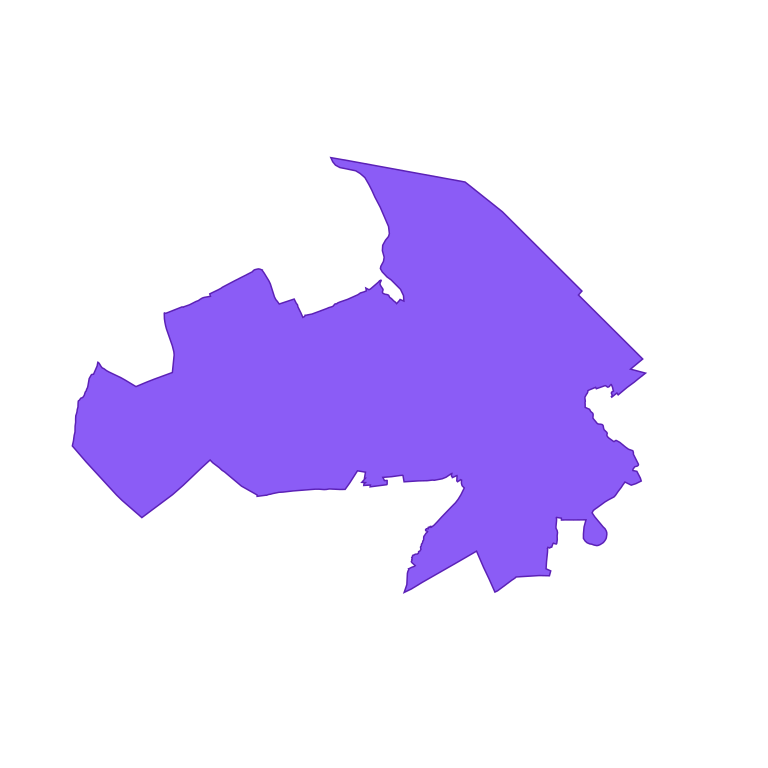 outline of Siret, Suceava, Romania, rotated 23°
{"feature_id": "2599482B44067509189222", "entity_name": "Siret", "entity_type": "district", "adm_level": 2, "iso_a3": "ROU", "parent_name": "Romania", "parent_adm1": "Suceava", "projection": "albers", "projection_center": [26.077, 47.951], "detail": "fine", "context": "isolated", "style": "filled", "palette": "violet", "viewbox_px": 768, "rotation_deg": 23, "n_neighbors": 0, "source": "geoboundaries", "source_scale": "gbopen_adm2", "svg_char_len": 6170}
<svg xmlns="http://www.w3.org/2000/svg" viewBox="0 0 768 768"><g transform="rotate(23 384 384)"><path d="M636.0,450.8L637.7,450.3L640.2,450.2L643.1,449.6L644.3,448.8L645.7,447.4L647.6,444.7L648.0,443.8L648.5,442.0L648.8,440.3L648.8,438.8L647.9,435.4L647.1,433.7L646.0,432.4L643.9,430.8L641.5,429.9L629.7,423.8L625.9,421.3L626.1,418.6L627.8,415.6L628.2,415.1L633.5,406.2L635.9,402.9L639.9,398.0L640.6,396.0L641.5,391.5L642.8,386.5L643.2,384.1L644.1,380.1L651.1,380.5L654.8,377.3L658.7,372.8L656.8,370.5L650.9,365.6L646.9,366.4L646.5,365.3L647.1,362.4L647.4,362.0L649.1,360.7L649.5,360.2L649.8,359.4L649.8,358.9L649.4,358.3L641.0,351.2L640.7,350.4L640.3,349.6L639.5,348.6L639.0,348.2L634.6,348.5L631.0,347.7L623.9,345.6L619.9,345.2L619.2,345.6L618.5,346.9L617.9,347.2L612.2,345.9L610.4,345.2L609.3,344.3L609.0,343.7L608.8,342.3L608.1,341.5L604.5,340.1L603.4,338.9L602.6,337.6L601.8,336.5L600.7,336.1L599.3,336.3L597.3,337.0L595.9,337.1L590.7,334.4L589.6,333.7L588.5,330.5L587.7,329.4L585.0,328.5L583.1,327.0L578.3,326.9L576.9,323.6L576.4,322.9L576.0,321.1L574.4,318.4L574.1,317.6L574.4,314.5L574.7,313.2L574.7,311.8L574.3,310.4L576.0,308.5L580.1,304.4L581.3,305.4L588.1,299.2L588.6,299.0L591.1,299.5L591.6,299.2L592.3,298.4L592.6,297.6L592.7,296.7L593.2,295.7L593.5,295.7L595.7,297.8L597.3,300.1L598.0,300.8L597.7,301.4L597.1,301.9L596.8,302.5L596.8,303.5L598.7,305.4L598.2,306.7L598.8,307.1L601.9,301.3L603.8,302.5L609.2,292.0L613.6,284.6L616.1,279.8L620.5,271.8L605.1,274.0L612.4,259.9L528.2,226.1L529.9,221.1L505.8,211.4L425.7,179.2L379.7,166.4L264.6,192.2L246.6,196.4L250.0,199.5L253.8,201.5L258.8,202.0L274.6,198.8L279.6,199.5L285.8,201.5L292.2,206.3L297.2,210.5L302.6,215.5L311.4,222.7L326.6,237.2L330.2,243.5L330.5,246.5L329.2,250.9L328.6,256.8L330.4,261.9L334.6,267.2L335.6,271.3L335.1,276.9L335.6,279.2L338.6,281.5L345.0,284.3L349.9,285.4L362.2,290.4L367.4,295.0L369.9,299.9L365.8,299.9L365.6,301.0L364.2,305.1L362.5,304.2L360.7,303.8L357.3,302.4L355.5,302.1L353.6,300.5L352.8,300.4L351.7,300.5L349.7,301.0L347.7,300.9L347.0,300.5L346.7,300.1L346.5,299.5L346.5,298.7L346.3,297.6L345.7,296.9L343.2,295.3L341.9,294.3L341.3,293.6L341.0,292.9L340.9,292.0L341.0,290.6L340.9,289.7L340.5,289.7L339.6,290.7L339.0,292.5L334.3,302.0L333.3,303.1L329.8,302.8L331.4,305.1L329.6,307.0L326.7,309.4L325.1,312.0L317.4,320.3L311.1,326.0L309.5,327.7L309.2,328.6L307.8,329.3L307.4,329.9L306.8,332.1L305.9,333.2L303.3,335.3L301.8,336.9L290.3,347.8L286.4,350.4L285.4,351.2L284.5,351.5L284.6,352.4L284.1,353.5L283.3,354.4L279.7,351.0L274.6,346.6L273.4,344.9L271.6,343.9L268.1,340.9L256.3,351.3L253.5,349.6L251.5,348.6L249.2,346.7L240.3,336.3L237.7,334.0L230.0,328.5L227.8,327.2L227.5,326.6L227.1,326.7L225.3,326.7L223.7,327.0L222.8,327.5L220.6,329.1L219.9,329.8L219.2,331.2L219.1,331.9L218.4,332.8L205.9,347.7L197.4,358.1L196.7,359.4L194.7,361.9L188.4,369.1L190.0,371.1L184.7,374.5L183.2,375.8L181.8,377.7L180.5,379.8L178.7,381.5L174.0,387.1L169.4,391.3L169.4,391.6L169.1,391.8L168.0,391.9L155.5,404.2L154.1,404.4L154.1,404.8L156.4,409.8L158.3,412.9L160.2,415.7L162.3,418.4L174.2,431.5L178.0,436.5L179.5,439.3L184.7,456.1L170.5,469.4L164.8,475.0L156.7,483.3L144.0,481.5L139.5,481.0L126.1,480.4L123.3,480.1L120.1,479.3L118.4,479.3L116.7,478.4L113.6,476.2L112.6,475.8L112.1,475.8L112.9,479.5L112.8,488.5L111.3,489.4L111.0,490.0L110.5,494.2L112.3,501.9L112.5,503.7L112.3,505.1L112.6,506.5L112.2,507.8L112.2,508.6L112.5,511.7L111.9,514.2L110.4,515.6L109.9,518.0L109.3,518.9L109.4,519.7L110.1,521.7L111.3,524.8L111.6,527.3L112.2,529.4L112.5,531.2L112.7,533.7L113.8,536.7L115.1,539.7L116.1,543.4L118.3,548.9L118.9,552.4L120.4,557.8L121.3,562.8L140.4,572.2L181.2,590.7L188.4,593.5L213.3,601.6L232.6,568.5L238.8,555.6L248.6,532.9L253.6,521.9L257.1,523.4L265.1,525.4L268.6,526.7L271.5,527.2L292.7,533.7L310.5,535.7L311.1,537.0L318.6,532.6L319.5,532.2L320.9,530.8L322.7,529.7L324.3,528.4L329.7,524.7L333.2,523.0L342.0,518.0L361.6,507.8L365.3,506.2L370.1,504.6L372.3,503.5L374.6,502.0L384.9,498.2L389.4,496.2L391.1,488.5L393.5,474.3L401.4,472.4L402.8,478.3L403.7,478.0L402.0,483.2L405.4,482.0L404.6,483.8L405.0,485.3L411.0,482.3L411.4,484.1L425.9,475.6L426.0,474.9L424.6,471.6L423.9,471.8L422.4,472.7L422.0,472.7L421.5,472.1L419.4,470.4L427.3,466.3L434.8,461.8L436.7,460.8L437.2,460.8L440.7,466.2L453.4,459.8L461.8,456.0L466.0,453.6L468.0,452.9L474.6,448.5L477.6,445.5L480.6,440.8L481.1,440.1L481.4,439.9L481.5,440.6L481.9,442.1L482.1,442.4L483.0,442.8L483.5,443.4L485.7,441.1L486.3,440.3L486.9,439.8L487.2,440.2L488.8,444.6L489.1,444.9L490.0,445.2L490.4,444.4L491.1,443.6L491.9,442.1L493.0,442.2L493.2,443.1L494.1,445.2L495.2,446.6L495.8,447.2L498.5,448.3L498.1,455.8L497.3,461.1L496.2,465.4L494.2,470.4L489.0,484.0L486.8,490.3L485.2,494.5L483.6,497.2L482.8,496.7L482.3,497.1L482.7,497.6L482.6,497.9L481.4,498.2L480.8,498.6L480.8,499.3L481.1,499.4L481.2,500.0L480.6,500.1L479.7,500.6L479.2,501.6L479.3,502.2L479.8,502.7L481.7,502.7L481.7,503.5L481.5,504.0L480.9,505.1L480.7,506.6L480.3,508.3L480.3,509.2L481.3,511.8L481.4,512.2L481.3,512.7L481.1,513.2L481.5,515.4L481.1,516.7L481.2,517.2L481.5,518.1L481.6,518.5L481.3,519.6L481.4,520.0L482.6,521.8L482.3,523.7L481.4,524.7L481.4,525.1L481.8,526.0L481.8,526.4L481.1,527.5L479.2,528.5L478.6,529.5L477.6,530.2L477.6,530.8L477.4,531.0L477.7,532.2L477.3,532.8L478.3,534.0L478.1,534.7L478.6,535.3L478.5,536.7L478.8,537.1L479.9,537.7L483.7,539.0L483.2,540.0L481.1,541.9L479.2,544.2L478.8,544.5L479.1,544.8L479.3,545.3L479.2,547.0L479.5,549.1L483.4,559.7L484.0,568.0L489.2,562.1L496.9,551.4L521.3,519.3L534.5,501.7L547.3,513.9L556.8,522.3L567.4,532.2L569.3,530.1L578.4,514.5L579.5,512.9L580.7,510.9L581.0,510.0L601.9,499.6L611.2,495.9L610.5,490.9L605.4,490.8L603.1,484.3L600.2,474.9L599.1,472.0L598.7,471.7L598.7,470.3L600.5,470.3L600.8,470.0L600.8,469.6L601.0,469.2L602.1,468.7L601.9,465.1L602.1,464.4L604.2,464.2L605.2,463.9L605.3,463.3L604.3,459.5L602.7,456.1L601.8,453.0L600.6,451.2L598.8,449.7L598.1,448.3L596.4,442.9L595.9,441.5L594.8,439.6L594.9,439.4L599.7,438.2L600.5,439.9L604.3,438.1L611.8,435.0L623.0,430.1L624.0,437.4L626.2,444.2L627.9,448.2L630.6,450.0L633.0,450.8L636.0,450.8Z" fill="#8b5cf6" stroke="#5b21b6" stroke-width="1.5"/></g></svg>